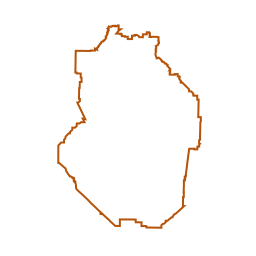 Lockhart, New South Wales, Australia, rotated 262°
{"feature_id": "25037944B87274721652905", "entity_name": "Lockhart", "entity_type": "district", "adm_level": 2, "iso_a3": "AUS", "parent_name": "Australia", "parent_adm1": "New South Wales", "projection": "natural_earth1", "projection_center": [146.896, -35.322], "detail": "fine", "context": "isolated", "style": "outline", "palette": "amber", "viewbox_px": 256, "rotation_deg": 262, "n_neighbors": 0, "source": "geoboundaries", "source_scale": "gbopen_adm2", "svg_char_len": 5416}
<svg xmlns="http://www.w3.org/2000/svg" viewBox="0 0 256 256"><g transform="rotate(262 128 128)"><path d="M83.7,181.5L83.9,181.5L98.9,185.7L98.9,185.8L98.3,190.8L97.6,190.7L97.2,193.7L99.9,194.1L99.7,195.9L101.0,196.1L101.8,196.4L102.0,196.6L102.0,196.2L105.9,196.7L105.9,196.9L106.5,197.8L106.7,197.7L108.8,198.1L109.3,198.1L110.4,198.2L110.8,198.4L111.6,198.5L111.9,198.5L112.4,198.5L112.7,198.7L123.9,200.5L124.5,201.1L128.6,201.6L129.0,199.1L146.3,201.9L146.5,200.5L150.3,201.1L150.9,197.4L151.6,197.5L151.7,197.2L153.2,197.4L153.3,197.3L155.4,195.7L155.8,193.6L157.7,193.8L158.1,193.5L158.3,193.5L165.5,188.0L165.5,187.0L166.1,187.1L166.1,186.5L167.6,186.8L168.7,185.9L169.2,185.9L169.7,185.5L170.1,185.5L170.7,185.8L171.3,186.4L171.8,186.3L172.0,186.1L172.3,184.4L174.5,184.7L174.9,182.0L174.3,181.9L174.6,179.6L175.1,176.7L177.5,177.1L177.4,177.5L180.0,178.0L179.9,177.5L180.5,178.0L182.9,176.4L183.0,176.4L184.1,175.6L184.3,175.8L184.7,175.9L184.7,175.6L185.5,175.3L186.0,175.2L186.4,174.8L186.5,174.6L186.4,174.1L186.5,173.8L186.8,173.4L187.1,173.2L187.8,173.2L188.0,173.1L188.7,171.9L188.7,171.2L189.4,170.8L190.0,171.0L190.7,170.2L191.6,170.0L192.1,169.4L193.3,168.4L193.4,167.7L193.0,167.2L193.3,166.9L193.1,166.1L193.7,166.1L195.0,165.7L196.1,165.5L197.1,165.4L198.0,165.7L198.7,165.8L199.3,166.0L199.7,166.5L200.2,166.6L201.3,166.1L202.1,166.4L202.4,166.9L202.5,167.0L203.2,166.7L203.5,166.8L204.0,167.2L204.6,167.3L204.9,167.3L205.2,167.1L205.3,167.5L205.6,167.8L205.9,168.9L206.3,169.5L206.5,169.5L207.1,169.7L207.6,170.3L207.7,170.5L208.0,170.6L208.6,170.6L209.0,170.2L209.6,170.4L210.2,170.2L210.3,170.4L210.7,170.6L211.1,170.6L211.4,170.5L212.1,170.5L212.8,170.8L213.7,170.9L214.2,169.5L215.1,163.5L214.9,163.5L215.1,162.0L216.1,162.2L216.1,162.5L218.6,162.9L218.7,162.2L219.8,162.3L220.2,159.9L218.1,159.6L218.7,155.8L215.8,155.3L216.4,151.8L217.1,151.7L217.4,151.5L218.9,149.7L219.2,147.6L218.4,147.5L218.8,144.8L215.5,144.3L216.1,140.1L218.4,140.5L218.8,137.6L219.4,137.7L219.8,134.7L221.6,134.9L221.8,133.7L222.4,133.9L223.1,129.6L225.5,132.1L226.8,134.5L227.2,132.4L230.8,133.0L230.8,132.9L230.8,132.6L231.0,132.0L230.8,131.8L230.7,131.8L230.6,132.0L230.4,132.0L230.4,131.6L230.5,131.3L230.4,130.9L231.0,129.9L230.9,129.5L230.5,129.4L230.4,129.3L230.8,128.9L231.1,128.7L231.1,127.8L231.3,127.5L231.3,127.2L231.3,126.8L230.9,126.6L230.8,126.2L230.7,126.0L230.8,125.8L230.6,125.5L230.8,125.2L230.7,124.8L230.8,124.6L230.9,124.3L231.0,123.8L230.9,123.4L231.2,123.1L231.0,122.8L230.6,122.6L230.2,122.6L229.4,122.7L229.5,122.2L229.3,121.7L229.2,121.8L229.0,122.2L228.8,122.3L228.6,122.3L228.5,122.1L228.0,122.0L227.6,122.2L227.5,121.6L227.0,121.4L226.8,121.4L226.6,121.4L226.5,121.7L226.4,121.8L226.0,121.7L225.9,121.6L225.9,121.0L225.8,120.8L225.6,120.6L225.4,120.6L225.0,120.6L224.7,120.5L224.4,120.7L224.3,120.9L224.2,120.9L223.9,120.7L223.3,120.3L223.2,120.2L223.2,119.9L222.5,119.7L222.3,119.4L222.0,119.3L221.9,119.0L221.6,119.2L221.3,119.0L221.0,118.9L220.9,118.7L220.5,118.7L220.3,118.9L220.2,118.9L220.0,118.5L219.9,118.3L219.4,118.2L219.1,117.9L219.0,117.6L218.7,117.5L218.4,117.2L218.3,116.7L218.2,116.3L217.9,116.4L217.7,116.3L217.6,116.1L217.7,115.9L217.7,115.7L217.2,115.3L217.3,115.2L217.3,114.8L217.3,114.4L217.0,114.0L216.8,113.5L216.6,113.3L216.3,113.2L215.5,113.0L215.4,112.7L215.2,112.3L215.2,111.9L214.9,111.7L214.6,111.6L214.4,111.5L214.2,111.3L214.0,111.2L213.9,110.9L213.7,110.7L213.7,110.4L213.4,110.2L213.2,110.1L213.0,110.4L212.9,110.4L212.7,110.2L212.9,110.0L212.7,109.8L212.6,109.6L212.4,109.6L212.2,109.5L212.0,109.4L212.0,109.1L211.8,108.9L211.6,108.7L211.4,108.1L211.1,108.2L210.5,108.1L210.4,108.1L210.2,108.3L209.7,108.3L210.8,106.7L211.1,106.3L209.3,106.1L209.9,101.9L209.5,101.8L211.7,87.0L190.3,83.6L190.1,84.9L189.2,84.8L188.5,88.8L184.6,88.2L184.2,89.0L180.1,88.4L180.3,86.7L174.3,85.7L174.3,85.2L163.7,83.5L163.5,84.4L161.4,84.1L161.2,83.8L160.9,83.6L160.6,83.1L160.2,81.7L160.2,81.4L142.7,86.9L143.4,84.8L143.5,84.5L139.8,85.7L140.3,82.4L139.2,80.6L139.6,78.0L139.3,77.9L139.2,77.8L137.1,77.5L135.7,75.4L136.1,72.9L133.9,72.6L132.3,70.2L130.7,69.8L130.9,68.4L128.8,65.8L128.2,65.0L126.8,64.7L126.0,64.0L125.4,63.1L122.5,62.6L122.9,59.8L120.4,56.6L103.2,54.1L103.1,54.8L96.7,60.4L96.5,60.6L96.0,60.7L95.2,60.6L94.8,60.6L93.9,60.9L92.9,61.4L90.5,62.4L89.1,63.2L88.3,63.6L88.5,63.9L86.5,66.6L86.4,66.5L86.3,67.0L86.0,66.9L86.0,67.6L85.9,67.7L85.2,67.6L84.7,67.3L84.5,67.1L83.9,67.3L83.5,67.0L83.3,66.9L83.2,66.9L83.1,67.1L83.3,67.3L83.3,67.5L83.2,67.6L82.6,67.2L82.3,67.2L82.2,67.4L82.2,67.5L82.4,68.0L82.4,68.4L82.2,68.4L81.8,68.3L81.7,68.2L81.7,67.8L81.0,68.1L80.8,68.3L80.5,68.4L80.3,68.4L78.3,68.5L75.8,68.2L74.6,68.6L74.1,68.8L67.1,74.6L64.2,76.9L61.2,79.2L59.1,80.6L52.9,85.6L50.9,87.1L47.4,90.0L47.6,88.9L46.7,88.8L46.3,90.8L40.6,95.5L40.3,95.9L40.2,96.0L38.5,97.1L32.8,101.8L32.1,106.3L38.6,107.2L36.3,122.9L33.6,122.5L32.7,128.3L29.0,127.7L28.3,132.5L27.7,132.5L27.3,132.5L27.1,132.6L26.9,132.5L26.5,135.1L24.6,147.2L27.1,147.5L28.1,149.0L28.1,150.0L29.4,152.2L30.9,152.4L30.6,154.1L33.2,158.2L33.4,158.6L33.4,159.6L33.9,159.7L34.5,160.4L35.2,160.8L36.3,162.2L36.5,162.6L36.5,163.3L36.7,163.7L42.8,172.5L42.9,171.5L51.9,172.9L51.8,173.6L56.9,174.4L56.9,174.2L64.2,175.5L64.3,175.5L68.4,176.1L68.2,177.1L69.4,177.4L69.4,177.0L71.9,177.4L71.7,178.2L73.2,178.6L73.1,178.8L74.3,178.9L83.7,181.5Z" fill="none" stroke="#b45309" stroke-width="2"/></g></svg>